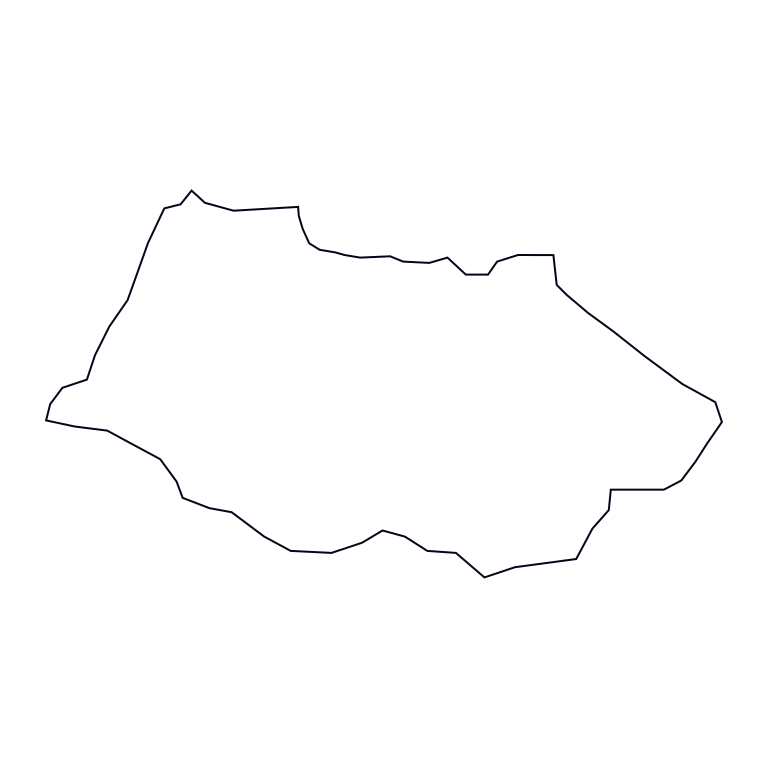 outline of Eksjö, Jönköping, Sweden
{"feature_id": "70781695B54746446562471", "entity_name": "Eksjö", "entity_type": "district", "adm_level": 2, "iso_a3": "SWE", "parent_name": "Sweden", "parent_adm1": "Jönköping", "projection": "mercator", "projection_center": [15.234, 57.651], "detail": "fine", "context": "isolated", "style": "outline", "palette": "ink", "viewbox_px": 768, "rotation_deg": 0, "n_neighbors": 0, "source": "geoboundaries", "source_scale": "gbopen_adm2", "svg_char_len": 937}
<svg xmlns="http://www.w3.org/2000/svg" viewBox="0 0 768 768"><path d="M719.9,425.0L721.9,422.0L715.3,402.2L682.3,384.0L644.3,355.9L612.9,331.1L588.1,313.0L566.6,294.8L556.7,284.9L553.4,255.1L518.0,255.0L497.1,261.6L488.0,274.6L465.8,274.6L447.5,257.6L429.3,262.9L403.2,261.6L390.1,256.3L360.1,257.6L344.5,255.0L335.3,252.4L319.7,249.8L309.2,243.3L302.7,228.9L298.8,215.9L298.1,206.9L233.6,210.7L204.9,202.8L191.6,190.6L180.6,204.3L164.3,208.4L148.0,243.0L137.8,271.6L127.6,300.1L109.3,326.6L95.0,355.2L86.9,379.6L62.4,387.8L50.2,404.1L46.1,420.4L74.6,426.5L101.7,429.9L107.2,430.6L129.7,442.8L160.2,459.2L176.6,481.6L182.7,497.9L209.2,508.1L231.6,512.2L264.2,536.6L290.7,550.9L331.5,552.9L362.1,542.7L382.5,530.5L404.9,536.6L427.3,550.9L455.9,552.9L484.4,577.4L515.0,567.2L576.2,559.0L592.5,528.5L608.8,510.1L610.8,489.7L663.8,489.7L681.3,480.5L695.5,461.6L707.1,443.5L719.9,425.0Z" fill="none" stroke="#020617" stroke-width="2"/></svg>